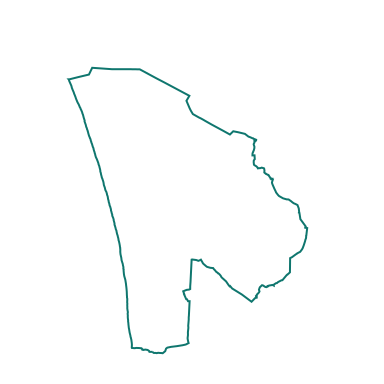 the district of Vērgales pag., Pavilostas, Latvia, rotated 344°
{"feature_id": "27541924B6474784348402", "entity_name": "Vērgales pag.", "entity_type": "district", "adm_level": 2, "iso_a3": "LVA", "parent_name": "Latvia", "parent_adm1": "Pavilostas", "projection": "orthographic", "projection_center": [21.107, 56.72], "detail": "fine", "context": "isolated", "style": "outline", "palette": "teal", "viewbox_px": 384, "rotation_deg": 344, "n_neighbors": 0, "source": "geoboundaries", "source_scale": "gbopen_adm2", "svg_char_len": 5948}
<svg xmlns="http://www.w3.org/2000/svg" viewBox="0 0 384 384"><g transform="rotate(344 192 192)"><path d="M104.5,49.7L104.6,49.9L104.6,50.5L104.6,51.5L105.3,56.5L105.3,57.7L105.2,58.6L105.3,59.2L105.4,60.7L105.8,63.7L105.8,65.2L105.9,65.7L106.1,67.6L106.1,68.0L106.2,68.7L106.2,69.9L106.5,72.8L106.6,73.7L106.9,75.3L107.2,76.4L107.5,78.8L107.5,79.4L107.8,80.3L107.9,81.6L107.9,82.0L108.1,82.6L108.4,85.3L108.3,86.2L108.5,87.7L108.4,90.7L108.5,93.7L108.2,94.4L108.2,95.1L108.4,98.4L108.3,99.2L108.3,100.4L108.5,101.8L108.4,102.6L108.6,104.2L108.5,105.2L108.6,105.7L108.5,106.6L108.5,108.3L108.5,109.2L108.6,110.6L108.8,111.4L108.7,111.9L109.0,113.3L108.9,114.0L108.9,114.4L108.9,115.2L109.0,116.0L108.9,116.6L109.1,118.3L109.1,119.4L109.1,120.1L109.1,121.3L109.3,122.4L109.3,123.2L109.2,123.8L109.2,125.6L109.3,126.8L109.2,127.8L109.3,128.8L109.2,129.9L109.2,130.5L109.2,132.0L109.6,134.3L109.9,138.0L109.9,139.0L109.8,139.7L110.0,141.5L109.9,143.2L109.9,143.6L109.9,144.3L109.8,145.9L109.5,147.2L109.6,148.3L109.4,150.4L109.4,152.1L109.3,153.2L109.4,154.0L109.5,154.6L109.5,155.2L109.6,157.5L109.5,158.9L109.2,161.0L109.4,163.7L109.3,165.2L109.3,166.6L109.7,168.3L109.7,168.9L109.7,169.2L109.7,170.5L109.6,170.9L109.6,171.5L109.7,172.6L109.7,173.1L109.5,174.9L109.4,175.4L109.4,177.5L109.2,178.7L109.3,180.3L109.1,182.4L109.3,183.3L109.3,184.1L109.3,184.6L109.3,186.3L109.0,187.5L109.1,188.4L109.0,190.7L109.1,191.6L108.8,192.9L109.1,195.4L109.1,196.6L109.1,196.9L108.9,197.7L108.9,200.0L108.8,201.1L108.5,202.1L108.5,202.5L108.6,202.9L108.6,204.5L108.6,205.5L108.5,206.7L108.7,208.3L108.5,209.9L108.5,210.6L108.4,211.3L108.5,213.5L108.4,214.6L108.4,216.2L108.1,218.4L108.2,219.2L108.1,220.4L108.1,220.9L108.0,221.9L108.0,222.1L107.9,222.9L107.8,223.9L107.7,224.4L107.6,225.3L107.6,225.9L107.5,226.4L107.3,226.7L107.2,227.7L106.6,229.5L106.6,229.8L106.5,230.0L106.1,232.2L105.9,235.7L105.5,238.2L105.6,242.2L105.4,243.4L105.4,244.8L105.3,245.2L105.2,246.0L104.8,246.9L104.9,247.2L105.0,247.5L104.6,248.6L103.9,252.3L103.7,254.3L103.7,258.0L103.2,262.2L102.9,263.8L102.7,265.2L102.3,267.4L101.8,269.9L100.9,273.5L100.8,274.2L100.4,275.6L100.4,276.3L100.3,277.0L99.7,278.9L99.3,280.1L99.0,281.8L98.6,282.7L98.3,284.1L97.7,286.1L97.5,287.5L97.4,288.1L97.3,289.4L97.1,290.2L96.6,291.2L96.2,293.3L95.9,294.1L95.7,294.9L95.5,295.9L95.2,297.9L94.9,298.8L94.7,300.5L94.5,301.2L93.8,305.3L93.7,306.7L93.3,309.9L93.2,312.8L93.0,314.6L93.1,315.3L93.0,315.8L93.0,316.5L93.0,317.0L92.9,317.7L92.8,318.4L92.5,320.5L92.1,322.4L91.3,324.7L91.2,325.1L91.2,325.3L93.4,326.2L94.3,326.4L95.4,326.5L99.0,327.7L99.9,328.2L100.4,328.3L100.6,328.8L100.7,329.7L101.0,329.7L101.0,330.0L101.6,330.4L103.7,330.6L105.8,331.6L106.9,332.9L107.0,333.9L108.5,334.4L110.0,334.7L109.9,334.7L109.9,334.8L110.1,335.1L110.8,336.1L112.8,336.7L113.7,337.2L115.1,337.2L116.2,337.7L117.8,338.2L119.4,338.9L119.9,338.7L122.4,337.6L123.9,335.4L125.4,334.8L129.3,335.1L134.9,336.0L140.7,336.7L144.0,336.9L147.1,336.3L147.1,334.6L147.3,332.3L147.5,331.2L148.7,328.4L149.4,325.7L150.9,322.0L151.3,320.7L151.4,319.8L153.7,313.7L154.4,311.3L154.8,310.4L159.6,296.3L158.1,295.9L157.6,293.7L156.9,293.4L156.2,288.3L156.4,288.3L156.4,288.1L156.2,285.0L159.9,284.6L162.3,285.0L163.5,284.8L164.3,282.1L165.8,278.0L173.0,256.9L173.5,256.9L177.2,258.5L177.7,258.8L179.1,259.9L180.5,259.8L181.9,259.5L182.7,262.7L182.7,263.0L183.1,264.1L185.2,267.3L185.8,268.1L188.7,269.9L191.4,271.0L191.7,272.1L192.7,273.9L193.1,275.1L194.2,276.5L194.6,277.3L194.8,277.3L195.7,278.6L196.5,280.4L196.7,281.3L196.8,281.8L196.9,282.2L200.1,287.3L201.6,291.8L202.2,293.1L202.7,292.9L204.0,295.8L211.7,304.3L219.0,313.9L223.0,311.6L223.9,311.2L225.8,311.6L224.9,310.9L224.8,309.6L225.6,309.1L225.8,309.2L226.0,308.7L226.4,308.3L226.7,308.2L227.1,307.9L227.4,307.8L228.8,306.9L229.5,306.1L229.4,304.8L229.4,304.5L229.7,304.0L230.7,302.6L231.1,302.2L233.6,300.9L234.5,301.4L236.3,303.5L237.4,304.0L239.3,303.6L240.0,303.3L239.9,303.2L240.7,303.2L242.2,303.4L243.7,303.5L244.8,304.5L244.9,304.0L245.0,303.7L245.6,303.4L247.7,302.8L248.4,303.0L249.9,302.3L253.8,301.5L254.3,301.7L254.6,301.7L260.2,297.9L260.9,297.8L261.1,297.5L262.1,297.2L264.0,296.2L268.1,282.6L270.2,282.2L274.5,280.6L275.9,280.2L276.1,280.0L279.5,279.3L281.9,277.5L282.9,276.5L284.7,274.1L287.1,270.5L288.0,268.9L288.7,268.1L289.2,267.0L289.7,265.4L289.9,265.3L292.8,258.4L292.3,258.1L291.0,257.6L291.1,257.1L291.8,256.4L288.7,248.0L289.5,241.7L289.1,241.3L289.5,240.7L290.1,237.2L289.8,233.6L288.1,232.0L286.6,230.8L285.1,228.8L284.9,228.4L282.8,225.8L281.0,225.2L277.8,223.2L274.5,219.8L273.8,218.4L272.7,215.6L272.6,214.5L272.0,211.0L272.0,210.8L271.5,207.2L271.4,205.7L271.5,204.8L273.2,202.2L272.5,201.8L271.9,201.6L272.0,201.4L271.8,201.3L271.7,201.2L271.9,201.1L271.6,201.0L271.6,200.8L271.5,200.7L271.3,200.6L271.5,200.3L270.8,198.9L270.6,198.3L270.6,198.2L270.5,197.8L270.5,197.7L270.2,197.2L270.3,197.0L270.1,196.6L269.8,196.5L269.5,196.2L269.4,196.2L268.3,195.1L268.1,195.0L268.1,194.8L267.9,194.7L267.0,193.4L266.9,193.1L267.5,191.6L267.7,190.4L267.8,189.2L267.5,188.9L265.7,187.8L264.5,187.9L261.8,187.4L261.8,187.1L261.9,186.8L260.9,185.0L259.3,183.3L259.1,182.7L259.5,180.4L260.0,178.9L260.7,178.2L261.4,177.7L262.2,174.0L260.2,173.5L260.3,173.1L260.9,171.4L261.8,170.4L262.0,169.9L262.2,169.7L262.7,169.3L264.1,166.9L264.5,165.5L264.4,163.4L264.5,163.0L265.0,162.3L265.6,161.8L265.7,161.5L265.8,161.4L266.0,160.9L265.9,160.8L266.2,159.5L266.3,159.8L266.9,160.5L267.2,160.4L267.3,159.9L267.5,159.9L267.6,160.1L267.8,160.1L268.0,159.8L268.1,159.5L265.3,157.3L263.3,155.6L262.0,154.6L261.6,154.4L258.9,150.7L252.9,147.3L248.4,145.0L244.3,147.2L238.9,141.8L229.4,132.5L224.3,127.3L222.7,125.6L220.8,123.7L219.2,122.3L214.3,117.3L213.3,113.5L212.8,110.8L211.8,102.8L216.0,98.8L195.1,78.6L189.3,73.1L175.6,59.7L164.0,56.2L149.2,52.0L130.3,45.1L125.3,50.7L114.5,50.2L105.3,49.9L104.5,49.7Z" fill="none" stroke="#0f766e" stroke-width="2"/></g></svg>